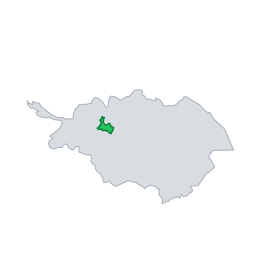 location of Parwan within Afghanistan, rotated 225°
{"feature_id": "AFG-1772", "entity_name": "Parwan", "entity_type": "Province", "adm_level": 1, "iso_a3": "AFG", "parent_name": "Afghanistan", "parent_adm1": "", "projection": "orthographic", "projection_center": [68.914, 35.004], "detail": "fine", "context": "in_parent", "style": "filled", "palette": "green", "viewbox_px": 256, "rotation_deg": 225, "n_neighbors": 0, "source": "natural_earth", "source_scale": "10m", "svg_char_len": 5303}
<svg xmlns="http://www.w3.org/2000/svg" viewBox="0 0 256 256"><g transform="rotate(225 128 128)"><path d="M115.3,76.0L119.7,75.6L122.6,76.3L124.1,77.8L125.7,78.2L127.2,77.5L128.1,77.4L128.4,77.9L129.2,78.1L130.3,78.0L131.0,78.5L131.1,79.4L131.9,80.6L133.4,82.0L134.8,82.3L136.6,81.3L137.2,81.4L137.5,81.0L137.7,80.2L138.7,79.5L140.7,78.8L141.8,78.2L142.2,77.6L142.9,77.5L143.6,77.7L144.1,77.5L144.5,76.7L145.2,76.5L145.8,76.6L148.5,79.2L149.5,79.9L150.0,79.8L151.3,78.4L151.5,77.1L151.1,75.5L151.4,74.1L152.2,73.1L153.9,72.5L156.3,72.2L157.7,72.3L158.3,72.8L159.0,73.1L159.9,73.2L160.7,72.6L161.5,71.3L161.5,69.7L160.8,67.9L161.0,67.3L162.2,66.4L163.4,65.0L164.6,63.1L165.7,60.9L167.2,59.6L168.9,59.0L171.0,59.6L173.5,61.2L174.5,63.3L173.9,65.8L173.9,67.2L174.4,67.4L177.2,66.9L177.6,67.2L177.6,67.9L177.2,69.0L176.8,71.9L176.1,79.3L177.4,83.6L178.3,85.3L179.1,85.8L180.0,86.0L180.8,85.8L182.5,84.6L185.0,82.5L187.5,81.2L191.2,80.3L192.3,78.1L193.9,76.5L197.7,74.2L199.7,73.3L200.9,73.1L203.9,73.8L204.1,74.4L203.9,75.1L203.1,75.8L202.9,76.2L203.2,76.6L204.4,76.6L209.4,74.9L210.4,73.5L211.5,73.4L213.7,73.8L215.3,73.5L216.2,74.1L218.3,75.9L217.7,76.0L216.8,75.7L216.2,75.1L214.2,76.0L212.0,77.4L212.1,77.7L214.2,79.3L210.1,81.5L208.2,82.7L207.8,82.7L204.9,81.9L196.9,82.6L190.8,83.4L188.5,84.5L186.3,85.0L185.2,85.6L184.5,86.6L181.2,89.0L180.6,89.9L178.7,89.8L176.8,92.1L174.0,94.8L173.4,96.0L173.9,96.7L175.4,97.6L176.2,98.5L177.3,101.0L177.8,102.8L178.5,103.5L178.9,105.7L178.2,106.9L178.2,107.5L179.2,109.1L179.0,109.6L178.3,110.4L177.2,112.5L175.2,114.1L174.4,115.4L173.0,117.0L172.4,118.3L171.8,119.0L171.2,119.4L171.4,120.0L172.0,120.9L172.9,121.8L172.9,125.6L172.4,126.7L169.9,127.8L167.4,128.3L164.4,128.4L163.2,128.3L159.0,126.9L157.6,127.6L157.4,129.3L159.8,132.0L160.8,133.5L162.0,136.1L162.8,137.4L162.5,138.6L158.2,141.4L155.4,141.7L153.6,142.1L152.8,142.8L152.2,145.7L151.5,146.8L151.6,148.0L151.0,149.4L150.1,150.4L149.4,151.9L150.0,159.5L147.4,162.6L146.0,163.6L144.6,164.2L143.5,164.0L142.0,162.2L141.1,161.6L140.1,161.7L139.0,162.3L137.4,162.1L136.0,161.5L135.3,161.5L134.9,162.1L133.5,163.4L129.8,165.4L128.3,165.5L127.7,166.0L127.9,166.8L128.6,167.5L129.7,168.0L129.7,168.5L127.9,169.5L126.0,170.2L123.8,170.4L121.5,170.0L120.4,169.1L119.0,168.9L117.8,169.6L116.5,170.6L114.6,173.2L112.0,174.8L111.3,176.5L110.4,179.5L110.6,183.9L110.2,185.8L109.6,187.1L109.7,188.1L110.5,189.3L110.2,190.0L109.4,190.8L108.7,191.3L94.1,195.0L91.8,195.0L90.5,194.8L86.5,194.6L84.7,194.9L83.0,195.3L81.7,196.0L80.7,197.0L79.0,196.3L73.7,195.0L59.1,195.5L57.7,195.2L37.8,187.1L51.2,173.1L51.7,171.9L51.9,169.5L51.3,166.1L50.2,164.6L39.4,162.0L39.2,159.4L39.4,158.3L39.4,156.1L39.5,154.4L40.2,151.7L40.3,150.5L37.9,137.8L37.9,136.5L40.2,133.9L42.9,131.3L42.8,130.8L41.6,130.4L39.7,130.2L38.7,129.7L37.9,128.8L37.7,127.7L38.4,125.7L38.2,121.8L40.4,118.7L43.5,118.8L42.1,116.3L41.8,116.0L41.7,115.6L41.9,115.2L42.7,115.1L44.7,113.7L44.9,112.9L46.6,110.7L46.5,109.7L47.7,107.2L47.3,105.3L47.3,104.4L48.5,103.8L49.4,101.4L49.8,100.8L49.9,100.2L49.8,99.2L50.8,99.1L51.7,100.5L53.1,101.9L54.0,102.4L55.2,102.7L58.0,102.4L58.5,102.6L61.2,105.1L61.7,105.8L61.8,106.7L62.3,107.0L63.3,106.2L64.3,105.9L66.1,106.3L67.1,106.0L71.9,103.4L72.3,101.5L72.8,100.5L73.5,99.9L72.9,97.7L73.2,97.3L73.8,97.1L75.3,97.2L82.4,95.2L84.2,95.3L84.6,95.1L84.8,94.5L85.3,93.8L88.7,92.2L90.7,90.6L91.4,89.3L95.0,78.6L96.7,77.7L98.4,77.1L104.1,77.1L105.2,73.8L105.8,73.0L106.8,72.3L110.9,74.8L115.3,76.0Z" fill="#d9dde1" stroke="#a8b0b8" stroke-width="1"/><path d="M147.0,114.2L146.1,114.0L145.5,114.8L145.2,115.9L145.1,116.1L145.0,116.3L144.7,116.9L144.7,117.6L144.5,118.2L144.4,118.3L144.2,118.2L143.8,118.0L143.4,117.9L143.2,117.8L142.7,117.8L142.3,117.7L142.1,117.6L141.8,117.4L141.6,117.4L140.7,117.1L140.4,117.2L139.6,117.7L139.2,117.9L139.0,118.0L138.9,118.0L138.7,118.2L138.4,118.1L138.3,117.9L138.2,117.5L138.2,117.3L138.1,117.1L137.4,116.3L137.4,116.2L137.3,115.7L137.2,115.4L136.8,115.2L136.8,114.6L136.9,114.1L136.8,113.8L136.8,113.4L136.7,112.9L136.0,112.2L136.4,111.9L136.7,111.8L136.9,111.7L137.0,111.6L137.2,111.4L137.3,111.2L138.2,111.5L138.4,111.5L139.3,111.4L140.0,111.5L140.7,111.5L140.9,111.4L141.3,111.2L141.3,110.9L141.2,110.8L141.2,110.7L141.3,110.5L141.9,110.4L142.1,110.3L143.0,109.6L143.3,109.1L143.5,108.8L143.7,108.6L143.8,108.5L143.9,108.4L144.0,108.4L144.4,108.2L145.0,108.6L145.8,108.2L145.9,107.9L146.0,107.9L146.5,107.7L146.8,107.4L147.0,107.0L147.1,106.9L147.3,106.8L147.9,106.5L148.0,106.5L148.1,106.4L148.3,106.2L148.6,105.9L149.0,106.0L149.3,106.0L149.6,106.3L149.6,106.7L149.4,107.4L149.4,109.2L149.3,109.4L149.4,110.0L149.8,109.9L149.9,110.5L149.8,111.3L149.8,111.6L149.8,111.9L150.0,112.2L150.4,112.3L150.7,112.4L150.9,112.5L151.1,112.7L151.3,113.0L151.7,113.4L152.5,113.4L153.0,113.6L153.4,113.7L153.5,114.1L153.4,114.7L153.5,115.1L153.4,115.8L153.4,116.1L153.5,116.3L153.6,116.5L153.8,116.8L153.9,117.0L154.1,117.1L154.0,117.3L153.9,117.8L153.5,117.7L153.3,117.7L153.2,117.7L153.2,117.9L153.1,118.1L152.9,118.4L152.7,118.5L152.2,118.7L151.8,118.0L151.6,117.3L151.3,116.6L151.1,116.4L150.8,116.4L150.7,116.2L150.2,115.4L150.1,115.0L149.5,114.6L149.4,114.5L149.2,114.3L148.9,114.2L148.7,114.2L148.3,114.3L147.2,114.2L147.0,114.2Z" fill="#22c55e" stroke="#15803d" stroke-width="1.5"/></g></svg>